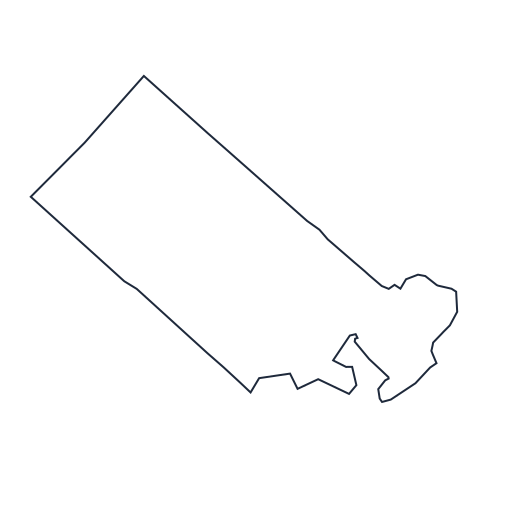 Kent, Rhode Island, United States of America, rotated 43°
{"feature_id": "52423323B26023060829136", "entity_name": "Kent", "entity_type": "district", "adm_level": 2, "iso_a3": "USA", "parent_name": "United States of America", "parent_adm1": "Rhode Island", "projection": "orthographic", "projection_center": [-71.482, 41.683], "detail": "fine", "context": "isolated", "style": "outline", "palette": "slate", "viewbox_px": 512, "rotation_deg": 43, "n_neighbors": 0, "source": "geoboundaries", "source_scale": "gbopen_adm2", "svg_char_len": 1022}
<svg xmlns="http://www.w3.org/2000/svg" viewBox="0 0 512 512"><g transform="rotate(43 256 256)"><path d="M418.1,293.4L417.5,282.0L401.9,271.5L397.5,275.7L385.5,279.2L383.6,279.7L383.4,278.8L378.9,250.3L378.9,250.1L382.2,245.2L386.1,246.7L384.9,248.9L386.6,251.3L409.0,254.2L424.9,254.2L435.5,254.3L436.6,255.2L435.3,258.8L436.2,270.0L443.7,275.9L447.7,276.8L452.5,269.1L459.4,240.3L459.4,218.8L459.9,216.6L461.1,211.3L452.8,207.6L449.0,205.8L446.1,200.9L444.6,198.5L444.8,187.0L444.8,183.6L445.1,174.5L441.2,159.6L426.7,145.6L421.3,146.6L409.4,153.5L408.0,154.0L393.5,155.2L387.2,159.2L381.6,170.7L383.9,181.4L377.0,182.6L375.5,189.5L368.4,192.2L368.0,192.2L352.3,192.9L345.6,193.0L332.2,193.6L297.1,194.9L284.5,193.5L269.5,195.5L167.9,198.2L137.0,199.1L51.2,200.8L51.2,201.4L53.4,289.9L53.4,290.1L52.7,310.8L52.5,317.9L50.9,366.3L176.9,364.3L191.2,361.4L286.8,360.2L308.4,359.5L331.9,359.4L345.1,359.5L341.6,343.2L361.1,318.8L377.0,324.8L385.5,303.7L418.1,293.4Z" fill="none" stroke="#1e293b" stroke-width="2"/></g></svg>